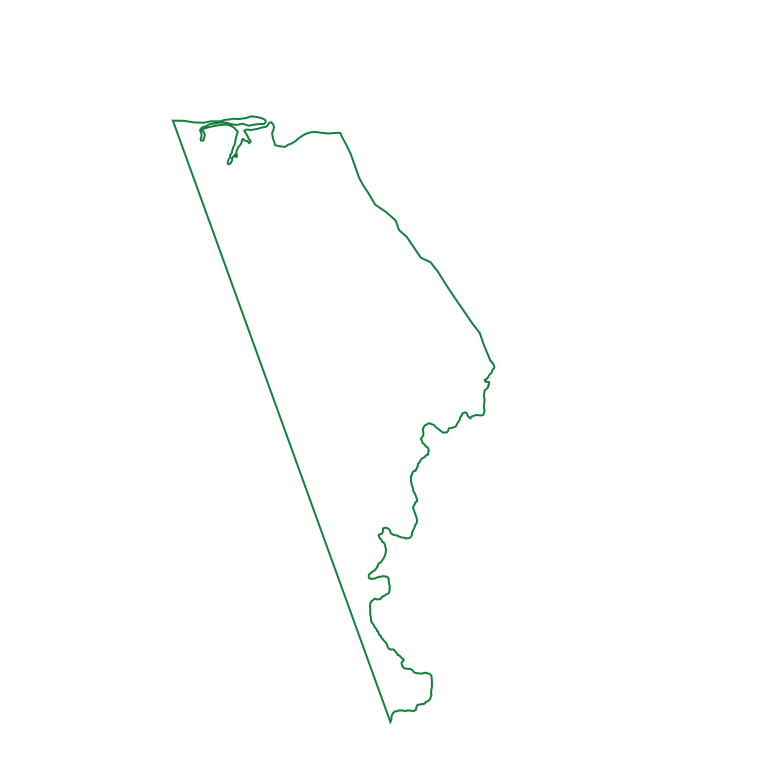 Juan Francisco Bulnes, Gracias a Dios, Honduras, rotated 340°
{"feature_id": "27666195B12686081930969", "entity_name": "Juan Francisco Bulnes", "entity_type": "district", "adm_level": 2, "iso_a3": "HND", "parent_name": "Honduras", "parent_adm1": "Gracias a Dios", "projection": "orthographic", "projection_center": [-84.929, 15.724], "detail": "fine", "context": "isolated", "style": "outline", "palette": "green", "viewbox_px": 768, "rotation_deg": 340, "n_neighbors": 0, "source": "geoboundaries", "source_scale": "gbopen_adm2", "svg_char_len": 6100}
<svg xmlns="http://www.w3.org/2000/svg" viewBox="0 0 768 768"><g transform="rotate(340 384 384)"><path d="M428.8,133.2L426.1,132.0L422.1,130.9L417.5,129.6L413.2,127.6L405.9,123.8L401.6,122.5L397.5,122.2L394.8,122.3L390.8,123.1L387.6,124.0L383.9,125.5L379.5,126.4L375.8,126.4L372.0,127.3L368.6,125.6L365.8,124.1L363.4,122.2L363.6,119.7L363.6,117.0L363.8,114.4L364.6,110.0L366.2,108.5L368.4,105.2L368.7,102.5L368.2,101.0L367.5,99.5L365.4,99.3L364.1,100.4L363.0,101.1L362.0,101.9L360.8,101.9L358.3,101.4L356.2,101.1L353.2,101.1L348.7,100.3L345.9,99.9L344.1,98.9L342.1,98.0L340.7,97.8L339.4,98.2L339.8,100.4L340.5,103.8L340.6,106.3L341.1,108.1L341.7,110.4L340.6,111.2L339.6,111.5L338.8,109.2L337.7,108.4L336.1,107.4L335.7,105.7L334.3,105.7L333.6,107.2L331.2,109.9L328.3,111.5L325.9,113.7L324.1,116.4L324.1,119.0L323.1,120.2L322.1,119.7L322.2,117.7L320.1,118.8L318.4,120.1L317.7,121.9L315.6,124.0L313.5,124.5L312.5,123.5L313.2,121.9L314.3,120.5L315.2,119.5L317.1,118.5L317.4,116.5L319.3,115.4L321.0,113.3L323.0,110.3L325.9,107.5L328.2,103.4L330.4,100.1L332.1,98.1L332.9,96.5L331.6,94.2L330.9,92.3L329.5,90.2L326.3,87.2L323.4,85.9L319.7,84.9L315.3,83.9L311.4,83.3L307.7,82.8L304.0,82.5L301.9,82.6L299.8,83.0L299.9,84.4L300.9,85.4L300.9,86.8L300.5,89.4L299.3,90.7L298.2,92.4L297.5,93.5L295.4,92.6L295.5,90.9L296.8,89.4L298.1,86.8L297.9,85.0L298.0,82.4L300.5,80.8L305.0,80.8L309.0,80.2L314.1,81.2L320.4,82.5L325.1,84.5L329.3,87.5L332.2,89.2L335.3,90.4L339.8,90.9L345.3,95.1L350.4,95.8L355.9,97.1L360.0,98.5L362.0,97.8L362.7,96.7L362.8,95.6L361.0,93.3L358.5,91.3L354.0,88.6L350.3,86.9L345.4,86.9L338.2,85.4L333.7,83.4L328.2,82.3L324.6,81.3L320.0,81.2L310.8,77.8L304.2,76.9L295.5,73.5L286.3,68.4L275.7,64.3L274.4,703.7L276.4,701.5L276.9,699.8L277.5,698.7L279.1,697.0L280.8,695.9L282.5,695.4L284.1,695.9L286.9,695.9L287.5,696.5L288.6,696.5L289.7,697.0L290.3,697.6L292.5,698.7L294.1,698.7L295.8,699.3L296.9,699.8L297.5,700.4L299.2,701.0L300.3,701.5L302.5,701.0L303.6,699.3L304.2,698.7L304.7,697.6L305.8,697.1L306.9,697.1L308.1,697.6L310.3,697.6L311.4,698.2L313.1,698.2L314.2,697.1L316.4,697.1L318.1,696.5L319.2,696.0L320.8,694.3L321.4,693.2L322.5,692.0L322.5,690.4L324.2,687.0L325.3,685.3L325.9,683.7L326.4,682.5L327.5,679.2L328.1,677.0L328.6,675.3L328.7,674.2L328.1,672.5L327.5,671.9L327.0,671.4L325.9,670.8L324.8,669.7L322.5,669.1L320.3,669.1L315.9,666.9L314.8,666.3L314.2,665.8L313.7,665.2L313.1,663.5L313.1,663.0L312.5,662.4L311.4,660.7L309.8,660.2L306.4,658.5L305.3,657.4L305.3,656.3L304.8,655.7L304.8,652.9L305.3,651.8L305.9,651.2L307.0,651.2L308.1,650.1L308.1,649.0L307.0,647.9L306.4,646.2L305.3,644.0L304.2,643.4L304.2,642.3L302.6,637.3L302.0,636.7L300.9,636.1L299.8,636.1L298.1,634.5L297.6,633.3L297.6,628.9L297.0,627.2L295.9,624.4L294.8,621.1L294.8,619.4L293.7,618.3L293.7,614.9L293.1,613.8L293.1,612.1L292.0,608.8L292.0,607.6L291.5,605.4L290.9,603.7L290.9,602.0L291.5,599.8L292.0,598.1L292.1,596.5L293.2,593.1L294.3,590.3L294.8,588.1L295.4,587.0L296.0,585.3L297.1,584.7L298.2,583.6L298.7,583.6L300.4,583.1L301.5,582.5L302.6,583.1L303.2,583.6L304.3,584.2L306.0,584.7L307.6,584.7L308.7,583.6L309.9,583.6L310.4,583.1L312.6,583.1L313.8,582.5L316.0,582.5L317.1,582.0L317.6,581.4L318.8,579.7L318.8,579.2L320.4,575.8L320.4,573.6L321.0,571.9L321.0,570.8L321.6,569.7L321.6,567.4L321.0,566.3L320.4,565.8L317.1,564.1L314.9,564.1L313.8,563.5L307.7,563.5L306.5,562.9L305.4,562.9L304.3,561.8L303.8,561.8L303.8,559.6L304.3,558.5L304.9,557.9L306.0,557.4L306.6,557.4L307.7,556.8L308.2,556.8L308.8,556.2L310.4,556.2L311.6,555.7L312.1,555.7L312.7,555.1L313.2,555.1L314.9,553.5L315.5,553.5L316.0,552.9L316.0,552.3L317.1,551.2L318.2,550.7L319.4,550.7L320.5,550.1L323.8,547.9L326.6,545.1L327.1,544.0L327.7,543.4L329.4,540.1L329.4,537.8L329.9,536.7L329.9,535.0L329.4,532.8L328.3,531.7L328.3,529.4L327.2,527.2L327.2,524.4L327.7,523.9L331.1,523.9L332.2,522.7L332.7,521.6L333.3,521.1L333.3,519.9L333.8,519.4L336.1,519.4L336.6,519.9L337.7,520.5L338.3,521.1L339.4,522.7L339.4,526.7L340.5,527.8L341.1,528.9L342.2,529.5L343.8,530.6L345.0,531.1L345.5,532.3L346.6,532.8L347.7,533.9L349.4,535.0L351.1,535.6L351.6,536.7L352.7,536.7L354.4,537.3L356.1,537.3L357.2,536.7L358.8,535.1L359.4,533.4L363.9,528.9L365.0,527.2L366.1,526.7L367.8,525.0L368.3,523.3L368.9,521.1L368.9,510.5L370.0,508.8L372.2,507.1L372.8,506.0L375.0,505.5L375.6,503.2L375.6,497.6L375.0,496.0L375.0,494.3L375.6,492.1L375.6,487.6L376.1,485.9L376.1,484.8L376.7,483.1L377.3,482.0L377.3,480.9L377.8,479.8L378.9,479.2L379.5,478.1L381.2,476.4L382.3,475.9L383.4,475.9L383.9,476.4L387.8,472.5L388.4,470.8L389.5,470.3L391.2,469.2L392.9,467.5L394.5,466.9L396.2,466.9L398.4,465.8L400.1,465.3L401.2,465.3L402.3,463.0L403.4,461.9L403.4,459.1L402.9,458.0L401.8,456.9L401.8,455.8L400.1,452.4L400.1,447.9L401.2,447.4L401.8,446.8L403.4,445.7L404.6,442.3L404.6,441.2L405.1,439.6L406.8,437.9L408.5,436.8L410.1,436.8L411.8,436.2L414.0,436.8L414.6,437.9L415.7,438.5L416.8,439.6L417.4,440.7L417.9,442.4L419.6,444.6L420.1,445.7L421.2,447.4L421.8,448.5L422.3,449.1L423.5,450.2L424.0,450.2L425.7,450.8L426.8,450.8L427.9,450.2L428.5,449.6L429.6,448.0L430.7,448.0L432.4,448.5L436.8,448.5L441.3,444.6L442.9,443.5L444.0,441.8L445.1,440.7L446.3,440.2L447.4,438.5L450.7,438.5L451.3,439.0L451.8,439.6L451.8,442.4L452.4,444.1L453.5,445.8L454.0,445.2L455.2,444.6L459.6,444.6L461.3,445.2L462.4,445.8L464.6,446.9L466.8,446.9L468.5,444.6L469.1,444.1L469.6,442.4L469.6,441.3L470.2,439.1L473.0,433.5L473.5,431.8L473.5,430.1L474.1,428.5L475.2,426.8L476.3,424.5L478.0,424.0L480.2,422.9L481.3,421.8L481.3,421.2L481.9,420.6L482.4,420.6L483.5,418.4L483.0,417.8L481.9,417.3L481.3,417.3L480.8,416.7L480.2,416.7L480.2,414.5L481.9,414.5L483.0,413.9L484.7,412.8L485.8,411.7L489.1,410.0L489.7,409.5L490.2,408.4L491.9,407.2L493.0,406.7L493.6,405.6L493.6,402.8L493.0,401.7L493.0,400.5L491.9,398.3L491.9,396.8L491.2,382.8L491.4,368.8L487.7,357.2L482.8,338.1L479.1,324.0L476.7,313.8L473.1,297.1L469.4,285.6L461.8,277.9L455.7,253.6L450.8,244.6L450.9,234.4L444.6,222.9L437.1,212.6L434.7,199.8L432.3,189.6L431.1,181.9L431.4,156.4L430.2,144.9L429.0,137.3L428.8,133.2Z" fill="none" stroke="#15803d" stroke-width="2"/></g></svg>